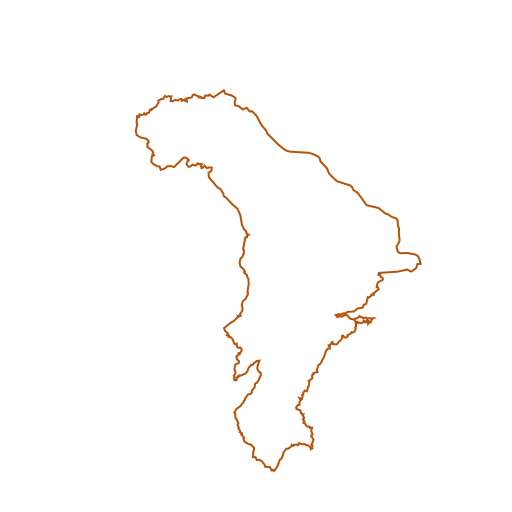 Simití, Bolívar, Colombia (Mercator projection), rotated 320°
{"feature_id": "7082276B2772828416009", "entity_name": "Simití", "entity_type": "district", "adm_level": 2, "iso_a3": "COL", "parent_name": "Colombia", "parent_adm1": "Bolívar", "projection": "mercator", "projection_center": [-74.07, 7.876], "detail": "fine", "context": "isolated", "style": "outline", "palette": "amber", "viewbox_px": 512, "rotation_deg": 320, "n_neighbors": 0, "source": "geoboundaries", "source_scale": "gbopen_adm2", "svg_char_len": 6099}
<svg xmlns="http://www.w3.org/2000/svg" viewBox="0 0 512 512"><g transform="rotate(320 256 256)"><path d="M254.9,72.4L250.1,77.2L249.8,78.6L244.4,82.8L242.4,86.6L243.4,90.5L247.4,95.7L247.7,98.5L246.9,99.9L244.7,100.1L244.3,101.3L242.9,102.4L244.2,108.0L243.9,110.7L242.2,111.3L242.6,113.3L240.3,112.7L236.3,116.6L236.4,119.6L238.0,123.8L239.7,125.6L238.4,128.7L241.7,130.2L246.0,130.4L248.6,132.5L250.4,135.2L264.1,134.1L265.8,136.0L266.3,138.9L265.9,139.6L265.0,139.0L261.9,140.9L261.5,143.9L262.8,145.2L266.2,145.2L267.4,147.5L268.5,148.1L271.0,147.5L271.3,149.1L272.5,149.6L273.5,151.0L272.1,151.2L270.7,153.6L271.7,154.2L274.7,153.7L274.8,157.2L277.4,158.1L278.9,160.0L276.5,162.1L273.0,161.8L270.5,165.5L270.6,179.1L271.8,181.7L271.1,186.9L269.7,189.9L270.5,191.5L271.0,200.7L272.2,208.0L270.3,214.5L265.4,222.9L264.0,227.8L264.3,230.9L263.3,232.6L263.9,234.9L262.8,234.2L261.2,235.9L260.1,234.9L259.5,235.1L250.4,242.6L250.7,243.3L248.8,245.8L245.1,247.8L242.3,248.1L239.2,250.5L237.4,253.9L237.9,259.2L237.2,259.9L237.4,261.0L236.2,261.4L236.9,264.3L235.9,266.1L235.5,268.7L232.1,273.1L226.8,277.6L225.4,280.0L220.6,282.2L217.4,282.1L215.6,282.9L213.3,284.7L212.4,287.3L209.9,289.3L206.3,290.2L205.8,292.0L204.4,291.1L204.9,290.5L203.6,291.3L203.3,290.4L203.0,291.0L197.2,291.6L193.7,290.9L185.2,290.7L184.2,293.4L184.7,297.3L182.0,298.3L183.8,298.5L184.1,299.6L183.1,300.5L184.5,302.0L184.5,305.1L183.0,309.5L183.8,310.6L184.8,310.7L183.0,313.6L183.5,315.1L185.1,315.8L185.2,318.1L183.7,319.5L181.8,320.0L181.2,319.6L181.3,320.3L180.4,320.7L179.4,319.9L179.0,320.5L176.5,320.3L175.0,322.7L175.3,325.7L174.7,326.4L173.8,326.9L170.6,325.9L169.2,326.7L166.5,329.0L166.0,331.3L164.6,332.9L162.2,333.3L161.7,335.0L160.7,335.4L159.7,337.3L161.2,338.6L163.1,336.8L164.3,337.3L164.7,336.6L165.4,337.2L166.3,336.8L166.3,337.4L172.3,339.3L175.4,338.8L178.1,337.0L182.4,336.3L183.5,337.3L186.1,336.6L186.9,337.1L188.9,336.8L191.4,338.4L186.4,341.2L184.5,343.3L183.8,346.8L184.6,348.2L183.2,350.3L177.9,352.9L175.2,353.7L173.3,353.2L170.4,355.8L167.7,356.1L165.3,357.2L164.7,358.2L163.4,358.2L161.0,356.9L155.9,358.2L155.1,359.1L153.7,359.0L152.2,360.2L150.2,360.2L148.1,361.0L142.5,360.6L138.8,362.0L138.7,363.5L136.1,366.8L136.4,368.9L135.7,369.6L135.0,372.9L133.4,373.6L132.6,376.3L131.7,376.7L131.3,380.1L130.3,380.7L131.3,382.6L130.0,383.2L130.6,384.1L129.9,385.0L130.1,387.4L128.8,388.0L127.9,391.0L129.3,395.2L130.9,397.2L131.3,401.8L129.5,403.6L128.4,403.8L124.4,408.2L126.3,409.8L125.5,412.9L127.5,414.1L128.5,417.0L128.5,421.1L127.6,423.5L131.0,426.7L130.1,430.2L131.6,430.7L131.3,431.8L132.2,432.4L137.8,430.6L143.4,427.3L144.6,427.6L147.2,426.8L150.9,424.1L155.3,423.1L156.8,424.3L160.7,424.5L161.9,423.7L161.9,424.9L162.5,425.4L163.6,425.0L166.3,426.9L166.2,427.7L167.8,427.9L168.6,427.0L170.5,430.1L172.5,431.4L172.7,433.1L173.8,433.9L174.5,435.9L174.7,437.8L173.8,439.2L175.5,439.6L175.8,438.3L177.3,438.0L177.1,436.2L180.9,434.5L182.1,433.2L182.5,429.2L184.6,429.1L185.9,425.4L188.7,423.6L186.8,422.3L187.3,421.3L185.8,419.8L185.4,417.4L186.0,416.2L185.1,414.3L186.0,413.5L187.0,413.6L187.0,411.2L188.7,411.1L189.3,408.6L190.3,408.0L189.5,407.6L190.0,406.6L189.3,405.6L190.8,402.9L188.7,399.1L189.3,397.9L192.0,397.1L193.9,398.0L194.9,396.1L197.5,395.3L198.0,392.8L199.2,395.0L201.3,393.6L201.9,392.2L202.9,392.5L204.6,391.0L206.9,390.5L208.1,392.4L212.0,389.5L212.8,389.6L216.0,386.7L216.1,385.5L220.4,386.0L222.1,383.7L223.0,383.2L224.0,383.6L224.8,382.5L228.5,384.5L229.1,382.6L233.6,379.8L236.1,379.9L243.6,376.9L248.7,373.6L251.9,373.1L253.1,374.4L254.1,373.0L254.2,371.2L255.9,371.9L258.5,370.8L259.4,371.0L258.4,373.0L260.9,375.5L268.2,374.7L270.9,372.5L271.6,373.4L271.2,374.9L272.6,376.4L274.3,376.7L275.1,375.5L278.6,376.3L280.3,375.8L280.8,376.8L282.5,377.3L285.6,375.9L286.2,374.3L287.4,374.2L289.6,370.9L290.5,370.7L291.4,371.7L290.5,372.6L292.7,373.8L293.5,375.3L295.7,375.5L296.7,374.9L296.5,375.7L297.3,375.6L297.5,376.6L299.0,376.8L297.7,377.4L298.8,377.9L298.7,379.1L299.4,378.5L299.7,379.4L299.0,379.9L299.9,379.8L300.4,378.2L301.2,380.5L304.2,378.9L305.9,379.2L304.9,378.3L304.0,378.4L303.1,376.7L300.6,375.0L300.9,374.1L298.0,372.1L297.8,370.9L296.6,369.8L296.7,368.7L293.3,368.6L291.7,367.7L290.2,368.9L290.0,367.3L287.8,364.5L287.8,359.8L285.9,358.4L282.5,357.5L281.7,356.2L279.0,354.9L279.1,352.6L280.2,353.3L281.4,353.2L283.2,355.3L286.0,356.1L288.2,357.6L290.1,357.6L295.4,361.5L299.9,361.4L304.6,364.1L307.2,362.7L309.8,363.4L315.2,359.4L315.6,360.2L318.3,360.6L319.5,359.7L321.0,361.4L321.6,361.1L321.9,359.9L324.0,360.5L324.6,360.1L328.7,360.3L329.3,357.9L328.5,357.4L330.8,355.4L332.9,354.6L337.4,355.7L338.5,355.2L338.9,353.6L338.0,352.3L339.2,350.0L338.5,349.2L336.9,349.3L339.5,348.1L354.2,358.9L363.3,363.7L364.4,367.1L365.2,367.8L371.1,368.2L374.5,365.9L377.1,367.8L379.1,363.6L380.0,360.2L379.0,357.4L374.1,351.2L368.0,346.3L367.4,343.7L369.7,339.2L375.5,336.8L376.5,335.7L380.0,330.4L383.4,326.7L383.9,324.7L387.6,319.3L387.5,317.3L384.8,312.5L384.1,309.2L382.6,307.2L380.7,298.0L373.4,288.2L374.5,273.2L373.0,268.2L373.9,265.0L373.7,262.8L366.0,250.6L365.2,243.8L365.0,239.6L366.8,234.1L366.1,225.1L367.7,222.1L367.5,219.8L365.1,214.4L362.9,211.0L349.5,198.3L347.0,194.9L346.0,191.9L344.7,184.8L343.4,169.5L344.4,166.7L344.3,160.1L346.5,148.7L346.1,143.8L345.9,142.3L344.6,141.9L344.1,141.0L344.1,136.5L340.1,135.2L339.0,130.0L336.9,127.1L338.2,124.8L341.4,122.5L341.7,120.9L340.5,117.3L336.8,111.8L337.9,108.5L325.5,107.1L324.0,102.4L322.3,102.5L320.3,100.4L317.6,101.8L317.0,100.5L315.6,99.7L315.9,98.5L315.0,97.2L314.2,97.6L314.3,96.4L312.5,92.5L310.8,92.1L309.1,93.1L308.1,92.9L303.9,90.5L302.3,93.2L301.4,91.5L301.6,90.1L299.0,89.5L299.9,88.3L299.4,87.3L296.1,86.7L294.6,84.6L291.6,83.9L290.2,82.4L293.7,79.2L292.4,78.6L291.9,77.4L289.7,76.7L289.2,74.9L285.7,75.9L284.3,74.9L281.0,74.2L280.1,75.8L275.2,77.3L273.0,76.7L271.5,77.0L270.5,76.2L269.7,76.8L268.9,75.8L266.0,77.4L264.5,76.6L262.3,76.8L262.1,74.9L261.1,75.4L259.1,74.4L257.8,72.6L256.1,74.4L255.4,74.3L255.4,72.7L254.9,72.4Z" fill="none" stroke="#b45309" stroke-width="2"/></g></svg>